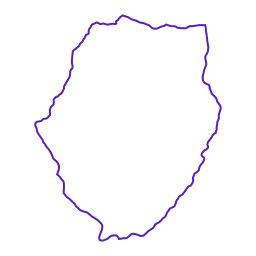 the district of Denchhukha, Samchi, Bhutan
{"feature_id": "84629894B1832791956678", "entity_name": "Denchhukha", "entity_type": "district", "adm_level": 2, "iso_a3": "BTN", "parent_name": "Bhutan", "parent_adm1": "Samchi", "projection": "mercator", "projection_center": [89.277, 27.026], "detail": "fine", "context": "isolated", "style": "outline", "palette": "violet", "viewbox_px": 256, "rotation_deg": 0, "n_neighbors": 0, "source": "geoboundaries", "source_scale": "gbopen_adm2", "svg_char_len": 5712}
<svg xmlns="http://www.w3.org/2000/svg" viewBox="0 0 256 256"><path d="M205.1,25.1L199.3,25.1L196.4,25.6L194.2,25.9L192.8,26.1L192.0,26.2L191.3,26.2L190.5,26.2L190.0,26.1L189.3,26.4L188.6,26.7L188.0,27.1L187.4,27.5L186.7,27.8L185.2,28.2L184.5,28.4L183.8,28.3L183.1,28.2L182.3,28.1L180.8,28.2L179.4,27.9L177.9,27.8L177.2,27.6L176.6,27.2L176.0,26.7L175.3,26.4L174.6,26.3L173.1,26.2L171.6,26.1L170.9,26.2L170.2,26.0L169.5,25.7L168.8,25.5L168.1,25.3L166.8,24.9L166.1,24.6L165.4,24.8L165.0,25.4L164.5,25.9L163.7,26.0L162.3,26.3L161.6,26.5L160.9,26.8L157.6,28.3L156.9,28.5L155.4,28.7L154.7,28.7L153.9,28.6L153.2,28.5L152.5,28.2L151.9,27.8L150.8,26.9L149.3,25.5L148.6,25.1L148.0,24.8L147.1,24.5L146.4,24.3L145.7,24.1L145.0,23.7L144.4,23.4L143.7,23.2L140.0,22.5L139.3,22.3L138.6,22.0L137.5,21.3L136.2,20.7L135.6,20.5L133.5,19.9L132.8,19.7L131.4,19.2L130.7,18.9L130.1,18.5L128.2,17.3L127.5,17.0L126.1,16.6L124.0,15.9L123.3,15.7L122.6,15.4L121.4,16.3L120.8,16.7L119.2,18.3L118.7,18.8L118.3,19.4L118.0,20.1L117.4,20.5L116.7,20.8L116.1,21.2L115.9,21.9L116.1,22.7L116.3,23.4L115.8,23.9L115.1,24.1L114.4,24.0L113.6,23.8L112.9,23.8L112.2,23.8L109.2,24.3L107.8,24.6L106.3,24.4L105.6,24.2L104.2,23.7L103.5,23.6L102.8,23.6L102.1,23.8L101.4,24.0L100.6,24.1L99.9,23.9L99.3,23.6L98.6,23.3L98.0,22.9L97.3,22.6L96.6,22.5L95.9,22.8L95.3,23.2L94.6,23.5L92.6,24.3L92.0,24.7L91.6,25.2L91.3,25.9L90.6,27.2L90.2,27.8L89.0,29.4L88.7,30.9L88.7,31.8L88.7,33.2L88.1,34.0L86.1,34.8L85.8,35.5L85.3,36.4L84.5,38.2L83.8,38.9L83.3,39.6L82.9,40.6L82.6,41.4L82.0,42.1L81.3,42.7L80.5,43.3L79.9,44.0L79.6,44.9L79.2,45.7L78.7,46.3L78.0,46.9L76.1,48.4L75.4,49.0L74.6,49.5L73.9,50.1L73.3,50.9L72.7,51.8L72.1,58.7L72.0,59.6L71.9,60.7L71.9,62.0L71.9,63.2L72.6,66.1L72.6,67.1L72.5,67.7L71.8,69.0L71.3,69.3L70.8,70.1L70.3,71.0L70.2,71.9L70.1,73.7L70.0,74.6L69.9,75.5L69.7,76.4L69.4,77.4L69.1,78.0L68.6,78.6L68.2,79.4L67.4,80.6L66.0,83.0L65.4,84.1L65.0,84.7L64.2,86.2L63.9,86.9L64.0,88.4L63.7,89.2L63.0,90.6L62.6,91.5L62.1,92.3L61.8,92.9L61.3,93.3L60.7,93.9L60.0,94.4L59.2,94.9L57.6,96.7L56.3,96.7L55.8,97.2L55.1,97.9L54.4,98.6L54.0,99.1L53.7,99.7L53.7,100.4L53.8,101.3L53.9,102.3L53.8,103.2L53.6,104.0L53.2,104.6L52.7,105.3L52.2,105.9L51.1,107.0L50.6,107.8L50.0,109.6L49.9,110.5L49.9,111.4L49.9,112.3L50.0,113.3L50.1,114.2L50.0,115.0L49.6,115.6L48.9,116.1L48.4,116.8L48.0,117.4L47.5,117.8L46.8,118.3L45.9,118.7L44.9,118.7L43.9,118.9L43.1,119.1L42.5,119.7L41.6,120.7L40.8,121.1L39.8,121.3L38.8,121.5L37.8,121.6L36.8,121.9L36.1,122.3L35.6,122.9L35.3,124.0L35.3,125.8L36.3,127.3L37.3,131.9L38.0,133.3L42.4,139.7L43.5,142.5L44.9,144.0L45.3,144.8L47.4,148.0L47.9,148.3L48.6,149.1L49.4,150.2L49.7,150.9L50.3,151.6L50.9,152.8L52.0,155.1L52.7,156.8L53.0,158.0L54.1,159.3L55.0,160.2L55.7,160.6L57.2,162.2L57.7,162.9L58.5,164.6L59.0,165.8L59.1,167.7L58.8,169.3L58.7,170.0L57.5,173.3L57.1,174.3L58.9,175.9L59.8,176.8L60.1,177.4L61.2,179.0L63.4,181.2L63.8,183.3L64.0,186.2L63.9,188.9L63.6,192.9L65.1,194.9L67.1,197.2L69.7,199.1L72.3,201.7L74.3,203.4L76.0,206.2L78.6,208.6L80.3,210.2L83.1,211.3L86.6,212.3L88.8,213.7L92.3,216.8L94.7,218.1L97.4,219.9L99.5,221.8L101.6,224.1L102.2,225.4L102.4,226.9L101.9,229.6L100.2,234.1L99.3,236.6L99.2,238.5L99.7,239.9L101.5,240.6L103.6,240.4L107.6,238.7L109.6,237.0L111.2,236.0L113.1,235.4L114.9,235.3L116.5,235.5L118.4,237.5L119.0,239.0L124.1,238.1L125.4,238.3L126.8,238.0L129.0,236.3L130.6,234.8L131.0,234.5L131.7,234.0L132.9,233.7L134.0,233.8L136.2,234.4L138.2,235.0L139.7,235.7L140.6,236.0L142.1,235.9L143.8,235.4L144.5,234.7L146.9,232.6L147.6,231.7L150.1,229.8L150.8,229.5L152.8,228.2L153.8,227.1L154.9,225.1L155.1,224.5L156.2,223.8L158.0,222.8L159.2,222.2L161.0,220.6L162.2,219.2L162.7,218.7L163.9,217.7L164.9,217.0L165.9,215.5L166.4,214.2L167.1,212.6L167.4,212.2L167.9,211.4L168.4,210.9L169.4,209.2L169.8,208.6L171.6,207.7L173.7,206.8L174.4,206.3L175.0,205.1L175.9,202.4L176.1,201.7L176.5,200.8L176.8,200.1L178.2,198.5L179.0,196.7L179.7,196.3L181.0,195.3L182.6,194.4L183.1,193.7L184.4,192.0L185.9,189.8L186.9,188.4L188.3,186.6L189.0,186.2L190.6,185.7L190.9,185.2L192.0,183.7L192.9,182.0L193.1,181.2L193.1,179.8L192.9,178.3L192.9,177.6L193.4,176.7L194.0,175.1L194.2,174.1L194.8,173.6L197.1,171.9L198.1,171.0L198.6,170.5L198.9,169.8L199.0,169.1L199.1,168.3L199.4,167.6L199.6,167.0L200.7,165.0L202.1,163.3L202.9,162.1L203.7,160.8L204.0,160.1L204.2,159.6L204.2,158.9L204.1,158.2L203.8,157.5L202.2,156.0L201.7,155.4L201.5,154.7L201.7,154.0L202.0,153.3L202.4,152.7L202.8,152.1L203.8,151.0L204.3,150.4L204.9,150.0L205.6,149.8L206.2,149.6L207.6,148.2L208.1,147.5L208.1,146.7L207.9,146.0L207.6,145.3L207.4,144.6L207.4,143.9L207.7,143.2L207.9,142.5L208.1,141.9L209.0,140.7L210.0,139.6L210.4,139.0L210.9,138.4L211.3,137.8L212.0,136.4L212.4,135.8L213.3,134.6L213.7,134.1L214.3,133.6L215.7,133.0L216.1,131.1L216.4,130.4L216.6,129.7L216.7,128.9L216.6,128.2L216.6,127.5L216.7,126.7L216.8,126.0L217.1,124.6L217.3,122.3L217.5,121.6L217.8,120.9L218.4,119.6L218.7,118.9L218.8,118.2L218.7,117.5L218.8,116.0L218.8,115.2L218.9,114.5L219.1,113.8L219.5,112.4L219.7,111.7L219.9,111.0L220.2,110.3L220.6,108.8L220.7,108.1L220.7,107.4L220.5,106.6L220.3,105.9L219.9,105.3L218.5,103.3L218.0,102.7L217.6,102.2L217.4,101.6L216.9,100.6L216.4,98.8L215.9,98.0L215.5,97.2L214.5,96.3L214.1,95.9L212.5,94.4L212.0,93.8L211.6,93.2L211.1,91.8L210.4,89.7L210.0,89.0L209.7,88.4L209.6,87.6L209.5,86.2L209.0,85.0L207.7,84.5L204.3,82.7L203.0,80.6L202.8,79.8L202.8,78.1L202.6,77.4L202.7,76.4L204.3,69.9L204.8,68.3L206.1,65.2L206.3,64.0L206.2,62.7L206.0,62.0L205.2,57.8L205.4,56.2L207.4,52.7L208.0,50.6L208.0,49.9L208.2,49.0L208.3,46.9L208.0,45.3L207.3,41.2L207.0,37.6L206.8,37.0L206.6,34.8L205.9,30.4L205.8,28.0L205.1,25.1Z" fill="none" stroke="#5b21b6" stroke-width="2"/></svg>